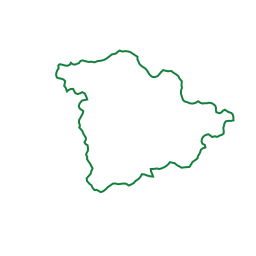 Braúnas, Minas Gerais, Brazil, rotated 117°
{"feature_id": "56859067B77777041722950", "entity_name": "Braúnas", "entity_type": "district", "adm_level": 2, "iso_a3": "BRA", "parent_name": "Brazil", "parent_adm1": "Minas Gerais", "projection": "orthographic", "projection_center": [-42.719, -19.032], "detail": "fine", "context": "isolated", "style": "outline", "palette": "green", "viewbox_px": 256, "rotation_deg": 117, "n_neighbors": 0, "source": "geoboundaries", "source_scale": "gbopen_adm2", "svg_char_len": 2821}
<svg xmlns="http://www.w3.org/2000/svg" viewBox="0 0 256 256"><g transform="rotate(117 128 128)"><path d="M178.9,101.2L177.1,99.7L174.3,97.8L171.9,97.3L170.1,96.3L168.3,95.3L165.6,94.7L162.8,94.6L161.8,91.8L161.6,88.9L161.0,86.4L159.9,83.6L157.9,85.7L156.2,87.8L154.2,89.1L152.9,86.7L151.8,85.1L150.8,83.5L150.2,81.2L148.2,79.3L146.1,77.6L143.9,76.4L141.6,75.5L139.5,75.2L138.9,73.1L138.2,70.3L138.9,67.3L138.9,64.9L139.1,62.3L137.6,60.1L136.0,57.5L134.7,55.5L132.1,55.3L129.0,55.1L126.2,53.6L123.5,52.3L121.3,52.9L118.8,52.6L116.3,52.8L114.3,53.2L112.2,52.2L110.2,50.2L108.2,51.9L108.2,54.6L106.7,56.3L104.8,57.0L102.5,57.2L100.1,56.4L98.3,55.0L97.0,53.3L97.3,51.3L97.8,48.8L96.0,47.0L95.4,44.4L93.2,43.0L91.3,41.1L89.4,40.3L87.1,41.4L84.7,43.1L82.3,43.5L80.2,44.2L77.7,43.9L76.0,41.7L74.9,39.4L73.3,37.5L70.6,39.0L68.7,40.4L67.7,42.6L68.2,46.1L67.7,50.0L69.6,51.3L71.8,51.9L73.3,53.1L73.8,56.4L72.0,57.9L70.1,58.8L68.5,60.4L67.9,63.3L68.0,65.4L68.7,67.3L70.2,69.0L71.1,71.0L72.3,72.5L72.7,74.8L72.3,77.6L74.5,78.9L76.8,81.3L77.9,84.0L78.1,87.1L78.6,89.4L78.1,91.6L76.6,93.2L75.1,94.7L73.0,96.7L70.5,97.7L67.7,98.2L65.5,99.8L61.9,101.3L60.7,104.3L58.9,106.7L58.3,109.8L58.1,112.9L57.5,114.9L58.5,116.8L59.5,118.7L60.0,120.9L60.5,123.0L63.0,123.9L65.9,124.5L68.4,125.2L70.4,127.1L71.4,129.4L71.1,131.8L70.1,134.0L69.1,135.6L67.9,137.5L67.1,139.8L66.9,141.9L66.5,144.7L65.6,147.0L64.1,148.8L62.5,150.8L60.2,151.9L60.0,154.4L59.6,157.6L59.3,160.4L59.8,162.9L60.8,165.4L62.4,167.6L62.8,170.6L64.9,171.7L67.4,172.8L68.7,174.4L69.9,175.9L72.1,176.8L74.1,177.8L75.9,178.7L78.3,180.3L80.6,183.0L82.1,185.4L84.6,187.5L85.4,190.4L87.1,193.3L87.8,196.2L88.3,199.0L89.7,200.7L92.5,201.2L94.1,202.7L95.7,204.1L96.3,206.4L95.8,208.5L98.0,208.6L99.9,210.0L100.9,212.4L101.3,215.0L102.2,217.8L103.9,218.5L106.3,216.9L109.2,217.2L111.4,216.9L113.6,216.0L115.3,214.3L115.1,212.3L114.4,210.0L114.1,207.6L114.7,205.3L117.1,204.6L119.4,204.0L120.6,201.6L123.1,199.0L121.0,198.1L119.3,196.8L118.1,194.8L119.3,192.9L120.7,191.1L120.8,188.6L118.9,186.5L116.8,185.0L116.9,182.2L119.0,179.4L121.1,177.3L122.7,179.2L124.3,181.3L126.3,181.9L128.5,182.2L131.0,181.7L132.6,179.9L132.9,177.7L133.2,175.6L135.4,174.9L137.9,175.0L140.5,175.0L142.9,175.2L145.4,174.2L147.5,172.0L149.7,171.6L150.5,169.4L151.5,167.2L153.5,165.0L154.8,162.9L155.7,161.2L157.6,160.2L160.4,160.3L161.5,158.8L161.7,156.2L164.1,154.5L166.5,153.4L169.0,153.5L170.9,153.2L172.3,151.1L174.2,150.5L175.4,148.6L176.6,146.2L178.6,143.4L180.0,141.3L183.0,141.1L186.0,140.5L188.9,141.3L191.6,142.0L193.9,140.3L195.2,137.2L195.6,134.7L197.3,132.5L198.5,129.7L197.3,127.7L197.4,125.5L197.5,123.2L195.5,121.3L192.6,120.0L189.8,119.1L186.5,117.3L184.3,116.1L183.1,113.9L182.6,111.3L181.1,109.1L179.5,106.8L178.5,104.4L178.9,101.2Z" fill="none" stroke="#15803d" stroke-width="2"/></g></svg>